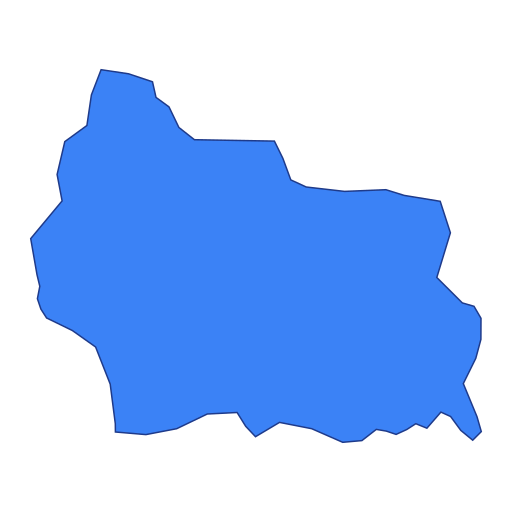 SVG path tracing the border of Gabrovo
{"feature_id": "BGR-2246", "entity_name": "Gabrovo", "entity_type": "Province", "adm_level": 1, "iso_a3": "BGR", "parent_name": "Bulgaria", "parent_adm1": "", "projection": "orthographic", "projection_center": [25.265, 42.966], "detail": "fine", "context": "isolated", "style": "filled", "palette": "blue", "viewbox_px": 512, "rotation_deg": 0, "n_neighbors": 0, "source": "natural_earth", "source_scale": "10m", "svg_char_len": 858}
<svg xmlns="http://www.w3.org/2000/svg" viewBox="0 0 512 512"><path d="M115.4,432.0L115.3,423.7L110.2,384.1L95.6,347.0L72.3,330.5L46.6,318.0L40.9,309.1L37.4,298.7L39.8,286.3L37.0,274.7L30.7,238.6L62.1,200.9L57.1,174.5L64.8,141.6L86.9,125.5L91.4,94.9L101.1,69.7L128.6,73.8L152.5,81.8L156.0,97.4L169.0,106.9L178.9,127.5L194.4,139.7L274.4,141.1L282.9,158.4L290.8,179.9L306.2,187.0L344.6,191.4L385.9,189.7L404.2,195.4L440.2,201.3L450.4,232.8L436.8,277.5L462.3,302.9L474.0,306.3L481.0,318.3L480.9,339.4L475.8,358.3L463.3,383.6L477.0,416.7L481.3,431.6L472.7,440.2L460.8,430.4L450.6,416.5L440.9,412.1L426.9,428.2L415.8,423.7L406.8,429.5L396.1,434.4L386.3,431.1L376.3,429.4L361.9,440.6L342.7,442.3L311.7,428.7L279.5,422.4L255.5,436.7L245.7,426.3L237.1,412.5L207.3,414.0L176.7,428.7L145.9,434.6L115.4,432.0Z" fill="#3b82f6" stroke="#1e3a8a" stroke-width="1.5"/></svg>